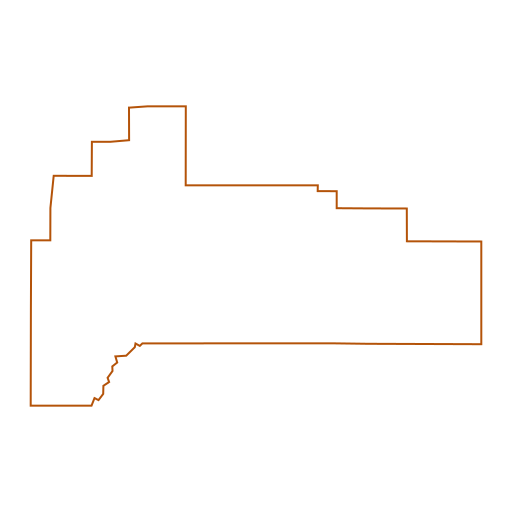 the district of Bingham, Idaho, United States of America
{"feature_id": "52423323B26236891190043", "entity_name": "Bingham", "entity_type": "district", "adm_level": 2, "iso_a3": "USA", "parent_name": "United States of America", "parent_adm1": "Idaho", "projection": "robinson", "projection_center": [-112.557, 43.245], "detail": "fine", "context": "isolated", "style": "outline", "palette": "amber", "viewbox_px": 512, "rotation_deg": 0, "n_neighbors": 0, "source": "geoboundaries", "source_scale": "gbopen_adm2", "svg_char_len": 631}
<svg xmlns="http://www.w3.org/2000/svg" viewBox="0 0 512 512"><path d="M30.9,308.5L30.7,405.7L91.5,405.7L94.5,398.1L98.5,400.1L103.2,393.9L103.4,385.8L109.1,382.0L107.6,377.8L112.5,371.0L112.3,366.4L117.2,362.5L115.4,356.4L126.2,355.7L134.8,347.2L135.5,343.5L139.8,345.9L142.4,343.4L330.9,343.3L367.7,343.8L481.3,344.2L481.3,241.5L406.9,241.3L406.8,208.5L367.7,208.4L336.7,208.2L336.7,191.2L317.7,191.1L317.8,185.3L185.7,185.3L185.8,106.3L148.0,106.3L129.7,107.6L129.0,107.6L129.1,140.2L110.3,141.8L91.9,141.8L91.7,175.9L53.7,175.8L50.4,208.0L50.3,240.3L31.2,240.3L30.9,308.5Z" fill="none" stroke="#b45309" stroke-width="2"/></svg>